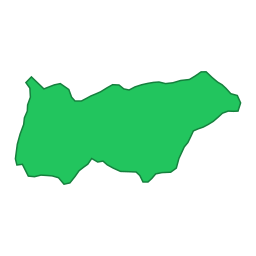 Albertina, Minas Gerais, Brazil (Equal Earth projection)
{"feature_id": "56859067B51905321176706", "entity_name": "Albertina", "entity_type": "district", "adm_level": 2, "iso_a3": "BRA", "parent_name": "Brazil", "parent_adm1": "Minas Gerais", "projection": "equal_earth", "projection_center": [-46.609, -22.199], "detail": "fine", "context": "isolated", "style": "filled", "palette": "green", "viewbox_px": 256, "rotation_deg": 0, "n_neighbors": 0, "source": "geoboundaries", "source_scale": "gbopen_adm2", "svg_char_len": 1174}
<svg xmlns="http://www.w3.org/2000/svg" viewBox="0 0 256 256"><path d="M240.6,102.9L237.3,95.5L230.8,93.7L225.8,88.2L222.0,84.7L217.6,82.1L212.1,77.5L206.1,71.8L201.1,71.9L195.2,76.0L189.4,79.5L180.6,80.5L172.8,82.8L165.5,83.6L159.0,82.0L153.5,82.4L147.7,83.4L141.8,84.7L135.0,86.9L129.1,90.0L123.8,88.9L119.0,85.0L112.6,84.7L106.9,87.9L100.6,91.8L95.6,94.0L91.0,95.9L86.4,98.4L81.4,101.0L75.0,101.0L71.6,97.2L68.8,89.5L60.3,83.6L54.2,84.9L43.9,88.9L31.4,76.9L25.9,82.6L29.9,88.2L30.4,97.2L27.6,104.9L27.3,111.1L24.4,117.8L23.7,124.4L20.1,134.1L17.3,144.3L15.4,158.8L16.9,165.0L22.4,164.3L24.9,169.3L28.3,176.1L34.5,176.7L40.9,175.1L47.2,175.5L52.2,175.9L58.5,177.7L64.0,184.2L69.9,182.9L75.0,176.5L79.1,170.7L83.6,167.2L87.8,164.2L91.7,158.5L97.7,162.0L103.0,161.1L107.2,164.8L113.2,168.1L120.5,171.4L129.3,171.7L136.1,172.0L139.8,175.5L143.0,182.0L148.0,182.0L151.8,178.5L155.7,173.9L161.9,172.6L170.7,172.2L176.3,168.1L178.9,158.5L182.0,151.8L184.2,147.0L187.9,142.5L190.6,136.9L193.4,130.9L198.0,128.9L203.2,127.1L208.3,124.4L213.3,121.3L218.2,117.1L222.4,113.2L228.2,111.1L233.5,111.3L238.0,111.1L240.6,102.9Z" fill="#22c55e" stroke="#15803d" stroke-width="1.5"/></svg>